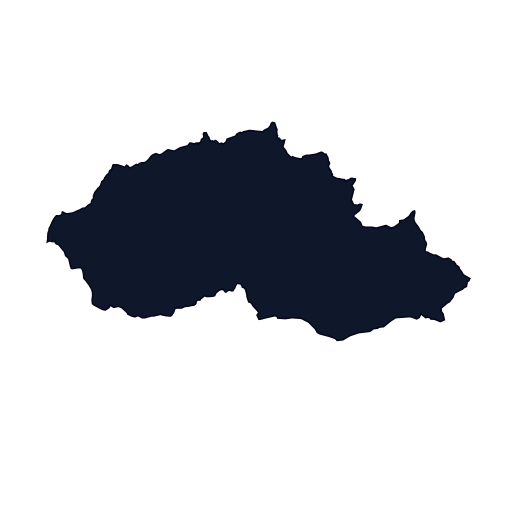 Almasu Mare, Alba, Romania, rotated 149°
{"feature_id": "2599482B35416338198834", "entity_name": "Almasu Mare", "entity_type": "district", "adm_level": 2, "iso_a3": "ROU", "parent_name": "Romania", "parent_adm1": "Alba", "projection": "equal_earth", "projection_center": [23.16, 46.088], "detail": "fine", "context": "isolated", "style": "filled", "palette": "ink", "viewbox_px": 512, "rotation_deg": 149, "n_neighbors": 0, "source": "geoboundaries", "source_scale": "gbopen_adm2", "svg_char_len": 6143}
<svg xmlns="http://www.w3.org/2000/svg" viewBox="0 0 512 512"><g transform="rotate(149 256 256)"><path d="M168.1,131.2L155.8,125.0L153.9,123.5L150.7,119.3L147.8,119.2L144.4,121.5L142.4,115.8L140.2,115.0L138.6,113.4L138.6,111.9L135.6,109.9L131.8,104.8L127.4,104.3L125.5,110.0L125.7,113.3L124.9,114.5L124.8,115.8L116.2,117.2L113.7,117.1L108.5,119.2L105.2,121.8L99.0,121.6L95.9,121.2L94.8,121.7L91.2,121.5L90.2,122.9L89.1,123.9L88.4,125.0L87.6,125.2L86.3,125.1L85.2,126.0L84.3,126.5L88.0,133.1L87.9,136.5L88.3,140.3L87.8,142.0L88.7,144.4L89.3,145.1L89.0,146.4L89.3,149.4L90.8,150.2L90.9,152.4L92.3,155.1L96.2,156.5L97.7,158.0L101.4,164.3L103.2,165.1L106.2,169.4L106.5,170.4L108.5,172.1L108.3,173.8L106.8,175.5L103.9,178.3L103.3,179.6L103.4,182.8L101.9,185.9L101.4,190.6L102.2,193.5L102.0,197.6L102.6,202.5L102.2,205.1L101.4,207.1L98.3,210.5L97.2,211.8L96.9,213.0L98.6,213.4L100.8,212.8L104.4,211.1L110.7,210.6L114.6,212.2L116.2,210.1L122.7,209.6L125.9,210.6L128.8,215.2L138.5,218.0L142.0,221.1L147.5,224.4L149.8,226.8L149.1,231.1L152.1,240.0L150.0,241.0L148.5,241.0L143.7,241.7L141.4,243.2L138.7,245.5L140.2,246.9L142.1,247.1L143.2,247.3L144.0,248.3L145.9,249.4L145.4,255.2L137.7,262.8L137.7,266.9L132.2,269.5L131.1,270.9L133.1,272.5L133.7,273.2L134.9,273.7L136.7,273.4L140.9,274.5L140.8,275.9L142.8,277.4L145.2,279.8L146.3,280.2L149.5,285.0L149.1,285.5L148.4,286.8L148.5,288.8L147.9,290.0L148.1,293.7L147.9,295.0L146.9,296.4L145.3,297.4L144.9,299.4L145.0,300.2L143.8,303.1L143.5,307.3L145.0,308.1L145.6,310.3L146.7,311.4L152.2,312.4L158.4,314.9L161.0,316.4L164.5,317.0L166.6,315.7L167.7,316.2L172.0,320.1L173.6,322.4L174.2,322.4L175.0,322.1L175.8,324.7L176.6,327.9L176.2,331.2L176.8,335.2L176.6,335.9L174.4,337.9L171.6,340.7L174.5,341.6L175.4,343.1L175.2,344.5L176.7,346.4L176.7,346.9L175.5,348.1L175.5,349.3L173.8,352.6L172.7,353.8L172.9,354.4L171.5,360.4L171.7,360.8L173.2,362.1L174.4,361.9L176.6,360.2L179.5,359.1L183.9,359.5L186.3,359.1L188.2,360.4L196.8,366.9L202.7,368.9L204.8,368.9L205.9,370.2L209.3,370.4L211.8,369.3L220.6,371.1L222.6,369.3L226.1,368.8L227.6,370.6L229.8,370.9L230.6,374.8L231.5,376.1L233.1,375.5L233.5,375.9L233.8,377.1L234.8,377.1L235.3,377.8L235.9,378.7L235.3,382.3L235.6,383.2L235.2,387.3L236.4,388.1L237.3,388.4L238.5,387.6L238.4,386.9L239.8,384.4L242.7,384.0L244.5,382.3L245.9,382.0L247.5,382.7L248.2,381.7L248.4,383.2L249.7,383.8L250.2,383.2L254.4,386.9L257.1,385.9L257.7,385.6L265.1,387.8L272.1,388.0L276.7,392.4L277.6,392.5L283.8,391.9L286.5,392.2L289.2,395.4L290.2,395.5L291.9,395.8L292.7,395.8L294.7,395.5L298.4,394.0L299.9,393.6L300.7,393.5L302.1,393.3L303.3,393.4L304.5,394.0L305.9,394.8L306.7,395.0L307.1,394.9L308.0,395.3L308.5,395.4L308.9,395.2L310.4,395.0L310.7,395.3L311.3,396.1L312.1,396.2L312.6,396.0L313.2,396.2L314.4,396.2L316.1,396.1L317.1,396.1L318.2,396.4L318.7,396.7L319.0,397.1L319.3,398.1L319.5,399.4L320.2,400.5L321.0,400.3L322.1,399.7L322.7,399.8L323.0,400.0L324.3,401.5L325.0,402.6L326.0,403.4L326.5,404.2L328.4,406.0L329.5,406.6L330.2,406.9L331.1,407.6L331.5,407.7L331.8,407.6L332.3,407.2L333.4,406.1L334.2,405.5L335.1,404.5L335.5,404.4L336.5,404.6L337.0,404.6L337.4,404.5L338.2,404.0L339.0,403.0L339.5,402.8L341.0,402.4L342.4,402.2L343.7,401.6L344.2,401.3L345.3,401.0L345.6,400.8L346.3,400.1L346.8,399.8L348.2,399.3L349.7,399.2L350.2,399.0L350.4,398.8L351.2,398.0L352.7,396.6L353.3,396.3L355.1,395.6L356.8,395.4L356.9,395.2L360.6,393.9L361.4,393.5L364.2,391.4L364.5,391.0L365.0,389.9L365.3,389.4L365.6,389.2L366.2,388.8L367.8,388.4L368.7,387.7L370.4,385.7L371.8,386.0L373.9,385.9L375.6,385.6L376.9,385.2L377.7,385.2L378.8,385.6L379.1,385.8L379.8,386.1L380.8,386.3L382.5,386.2L383.5,386.3L388.2,387.0L389.2,387.0L389.9,387.1L391.5,387.5L394.4,388.7L395.6,389.2L396.5,389.8L396.9,390.1L397.3,390.5L398.9,393.1L399.3,393.5L399.6,393.4L400.2,392.3L400.8,391.8L402.1,391.5L402.9,391.6L404.3,392.0L406.3,393.3L406.9,393.2L408.8,392.5L410.6,391.7L414.0,389.5L416.2,388.0L416.7,387.5L418.9,386.3L419.4,385.8L419.8,385.2L420.7,384.2L422.1,383.1L422.9,382.2L424.7,379.6L425.0,379.3L425.3,378.7L425.5,378.1L425.9,377.6L426.7,376.8L427.7,375.5L426.1,375.5L424.0,374.4L423.5,373.4L421.9,372.6L420.8,371.8L421.1,371.0L421.2,370.5L421.0,369.8L420.8,369.1L420.2,368.3L419.4,367.6L418.0,358.4L419.0,354.3L417.8,350.3L420.3,342.5L420.6,340.7L420.2,339.9L415.2,337.9L412.3,336.3L411.9,335.3L412.0,332.5L413.3,329.2L414.9,325.9L415.0,325.1L414.4,322.2L414.0,317.7L413.9,316.4L414.0,315.1L413.9,313.5L414.1,311.7L414.9,309.0L415.7,307.4L416.7,305.8L419.2,302.7L420.6,299.6L420.6,299.0L420.0,297.3L416.2,291.0L414.7,288.8L413.0,287.3L409.9,287.4L408.4,287.6L406.5,289.1L404.4,285.3L399.9,283.7L397.8,281.2L395.5,273.8L395.9,272.4L393.5,268.6L391.2,266.2L389.0,266.0L387.4,265.2L385.7,262.1L385.0,261.4L383.5,260.5L382.4,260.1L380.6,259.7L378.2,258.9L376.7,258.6L374.1,257.1L371.9,256.5L370.3,255.9L368.2,255.3L367.6,254.8L365.7,252.8L364.7,252.1L364.2,251.4L360.3,248.6L359.0,248.6L355.4,250.3L352.3,252.9L349.9,251.7L346.5,249.7L345.9,249.6L344.9,249.6L343.0,249.3L341.5,248.7L339.2,247.6L336.7,246.8L334.6,245.9L334.0,245.8L332.5,246.0L331.7,246.5L330.9,247.7L330.4,248.0L329.3,248.2L327.9,248.1L327.6,247.6L327.3,247.6L326.7,247.1L325.6,247.7L322.4,248.2L320.6,248.4L319.0,246.5L313.9,243.8L311.9,243.3L309.3,245.0L305.5,245.6L303.4,245.3L301.4,244.3L301.4,244.0L301.1,243.9L301.1,242.6L300.8,241.1L300.7,240.7L300.4,240.5L298.5,240.8L296.7,240.6L295.9,239.9L295.5,239.5L295.2,239.0L294.7,238.6L293.7,238.1L291.8,239.1L291.3,239.2L289.1,240.8L286.5,242.4L284.3,240.6L283.5,239.7L283.2,237.5L283.8,236.5L282.8,235.3L282.6,234.8L282.0,231.2L282.8,231.1L282.9,230.3L283.7,227.7L284.6,225.7L284.9,224.8L285.9,220.4L284.6,218.8L284.2,217.5L284.2,214.7L282.9,208.3L282.8,206.5L283.1,205.7L285.6,204.8L285.9,201.7L286.1,200.6L286.1,200.2L283.5,199.1L281.6,198.7L270.6,195.1L269.0,193.3L269.4,191.6L263.1,187.2L256.8,184.5L249.3,179.2L244.9,172.1L242.7,163.0L242.8,158.9L241.4,156.4L235.1,149.9L230.5,144.5L230.0,141.9L224.7,139.4L220.1,139.4L216.2,139.3L207.5,137.4L197.1,132.7L192.8,133.2L189.1,131.5L187.2,131.6L183.0,129.7L174.0,131.0L168.1,131.2Z" fill="#0f172a" stroke="#020617" stroke-width="1.5"/></g></svg>